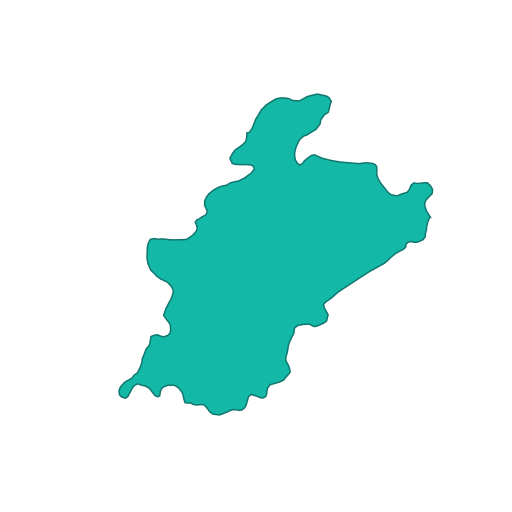 Zhabinka, Brest, Belarus, rotated 61°
{"feature_id": "67162791B54933494059720", "entity_name": "Zhabinka", "entity_type": "district", "adm_level": 2, "iso_a3": "BLR", "parent_name": "Belarus", "parent_adm1": "Brest", "projection": "albers", "projection_center": [24.06, 52.177], "detail": "fine", "context": "isolated", "style": "filled", "palette": "teal", "viewbox_px": 512, "rotation_deg": 61, "n_neighbors": 0, "source": "geoboundaries", "source_scale": "gbopen_adm2", "svg_char_len": 3878}
<svg xmlns="http://www.w3.org/2000/svg" viewBox="0 0 512 512"><g transform="rotate(61 256 256)"><path d="M284.0,397.1L287.4,401.0L290.4,405.0L293.6,407.3L296.1,409.8L299.3,414.2L300.6,416.1L301.2,420.4L302.7,423.8L302.7,427.5L302.7,431.8L303.8,435.3L305.1,438.5L307.7,441.4L311.3,442.7L314.2,441.8L317.0,439.4L316.8,436.2L315.0,433.6L313.3,430.8L311.4,428.0L310.3,425.1L310.5,421.4L313.8,418.4L315.9,416.0L320.1,413.3L324.8,412.7L327.3,412.3L329.6,411.7L331.5,410.2L331.7,408.1L329.4,406.3L327.8,405.0L326.0,402.3L325.7,400.1L326.4,395.2L327.7,393.5L328.9,390.8L330.7,389.2L333.5,387.8L335.5,387.3L337.4,387.1L339.7,386.8L342.3,387.2L345.3,388.2L349.5,389.1L350.0,389.1L351.9,386.3L353.2,384.2L355.7,382.6L357.6,380.0L358.6,377.6L360.5,374.0L362.7,373.1L365.6,372.5L369.7,372.0L373.4,370.4L377.3,365.0L378.0,360.5L378.5,356.2L378.7,353.1L379.5,350.1L380.9,347.8L383.0,345.3L383.8,343.2L383.3,339.6L381.5,336.8L378.3,333.6L375.2,330.6L374.8,327.3L377.2,325.0L379.5,322.8L382.1,320.9L383.6,318.5L383.7,315.8L381.7,313.4L379.5,312.0L377.0,309.8L375.4,305.9L376.7,300.9L377.4,297.6L378.0,292.2L376.7,289.2L375.4,285.4L374.1,282.4L371.7,281.5L368.1,280.7L362.0,280.6L359.1,279.1L355.5,275.4L350.0,271.1L347.2,268.0L345.1,265.2L342.0,260.4L337.7,257.3L337.0,253.0L338.8,247.7L341.6,242.1L344.3,240.6L346.2,238.9L346.9,236.2L347.3,232.1L347.5,229.1L347.1,225.8L344.9,223.8L342.3,221.4L338.4,221.4L334.9,221.4L331.2,220.6L329.9,217.1L329.7,213.6L329.1,209.5L327.3,201.4L325.6,178.7L324.6,164.3L324.6,152.4L324.6,147.3L324.0,143.9L322.5,138.4L321.6,133.6L321.4,129.2L321.6,123.5L320.7,120.7L318.6,119.4L317.7,116.4L318.4,113.5L320.5,111.3L322.1,108.3L322.7,102.0L321.2,98.7L318.2,96.7L315.5,94.1L313.3,92.7L309.2,89.0L306.2,84.9L306.4,84.7L299.4,85.1L294.4,84.2L291.9,83.1L289.5,80.3L288.0,75.7L286.9,71.8L283.4,69.3L279.7,69.3L275.1,70.6L273.4,73.5L271.9,77.4L270.8,79.8L268.6,82.5L269.2,85.9L272.1,89.5L273.6,92.9L272.3,98.8L271.8,103.7L267.9,108.0L265.1,109.5L262.5,110.0L257.4,110.8L252.2,111.7L246.7,111.7L243.3,110.8L241.9,110.2L238.9,108.4L236.2,107.1L233.9,107.4L231.5,109.3L229.0,112.6L227.1,116.1L225.1,121.3L220.1,128.6L217.3,132.9L214.0,137.7L208.6,144.3L202.9,150.4L200.7,152.1L197.9,154.3L195.8,155.9L194.9,158.7L195.3,162.4L196.2,167.6L197.7,170.3L197.5,173.9L195.1,174.8L191.4,175.0L187.9,174.0L184.2,172.0L180.5,168.5L175.9,162.5L175.0,160.0L174.2,156.1L174.8,152.9L174.6,149.2L174.3,142.0L171.3,135.6L168.4,133.5L165.6,127.8L165.3,123.2L161.6,119.5L159.7,118.0L157.3,115.2L152.9,115.4L150.7,116.5L147.9,119.4L144.0,124.1L142.4,129.8L141.4,134.0L141.4,139.6L141.4,142.9L137.9,148.4L134.0,151.3L132.1,153.7L129.5,158.2L128.2,162.6L128.6,170.7L128.9,174.2L130.9,180.7L134.1,186.1L136.1,189.8L139.4,193.7L142.5,197.6L144.7,201.7L143.9,204.3L147.0,206.0L150.7,209.3L151.5,211.3L152.3,215.0L152.7,217.8L152.9,220.1L153.3,223.5L155.2,227.3L158.0,231.5L163.5,231.9L165.6,229.9L168.4,225.5L169.6,223.4L171.2,220.4L173.8,216.4L176.1,214.8L178.4,215.0L179.8,216.6L181.4,220.8L181.5,223.2L182.1,226.9L182.2,229.4L181.9,235.1L180.8,238.5L179.6,242.8L179.8,247.4L178.3,252.1L177.7,255.8L177.7,261.0L178.8,267.1L180.6,271.0L182.9,274.1L186.8,276.4L191.6,276.7L193.8,277.3L195.8,280.1L195.6,284.2L196.0,287.7L195.8,290.5L197.0,292.8L200.2,293.0L203.7,294.2L205.6,296.8L207.1,301.2L207.6,305.1L207.8,308.8L205.3,313.9L202.8,318.7L200.3,323.1L197.7,326.6L195.6,329.8L193.9,333.5L191.6,336.3L190.2,340.4L192.3,343.7L195.4,346.6L199.9,349.3L204.9,352.3L210.4,354.2L217.3,354.9L221.1,353.7L225.9,352.4L230.1,350.4L235.9,346.2L241.1,344.9L244.4,344.8L247.0,345.4L249.6,348.0L252.8,351.5L253.9,353.7L256.6,357.5L258.0,359.9L260.5,362.7L263.2,365.6L268.0,365.0L273.5,364.3L275.6,364.7L279.5,366.7L281.8,368.8L282.7,371.4L282.0,376.1L279.2,378.8L277.0,380.5L276.1,383.1L275.5,386.8L277.9,388.8L281.0,391.2L282.7,393.1L284.0,397.1Z" fill="#14b8a6" stroke="#0f766e" stroke-width="1.5"/></g></svg>